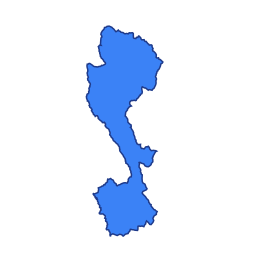 Chachapoyas, Amazonas, Peru (Robinson projection), rotated 346°
{"feature_id": "86281439B12993203122991", "entity_name": "Chachapoyas", "entity_type": "district", "adm_level": 2, "iso_a3": "PER", "parent_name": "Peru", "parent_adm1": "Amazonas", "projection": "robinson", "projection_center": [-77.817, -6.465], "detail": "fine", "context": "isolated", "style": "filled", "palette": "blue", "viewbox_px": 256, "rotation_deg": 346, "n_neighbors": 0, "source": "geoboundaries", "source_scale": "gbopen_adm2", "svg_char_len": 5873}
<svg xmlns="http://www.w3.org/2000/svg" viewBox="0 0 256 256"><g transform="rotate(346 128 128)"><path d="M127.0,227.3L129.4,225.6L130.6,224.0L130.3,221.8L130.4,221.5L131.3,220.6L131.4,220.1L132.6,219.4L134.6,218.7L134.9,217.5L136.1,216.1L134.7,214.7L134.4,213.9L133.6,213.6L133.3,213.1L131.5,209.2L131.9,207.9L130.9,207.2L130.7,206.0L130.2,205.3L130.4,203.8L130.1,202.6L129.0,201.0L128.4,199.0L126.6,196.1L126.0,194.5L127.0,193.2L130.8,192.4L131.5,191.9L131.8,191.3L131.2,190.2L130.9,186.7L130.3,186.0L129.4,185.3L128.9,183.6L129.4,180.4L130.5,176.9L129.7,176.0L129.8,174.6L129.5,173.5L130.2,171.9L130.0,170.4L129.3,168.6L129.8,166.8L130.6,165.4L130.3,164.3L130.5,164.1L131.6,164.4L132.8,165.6L134.6,166.6L135.4,168.9L137.0,170.1L138.5,170.5L139.4,170.2L141.0,169.5L141.6,169.0L142.1,168.0L143.9,166.8L144.4,164.7L144.4,163.4L144.3,163.1L145.4,162.0L145.3,161.6L148.6,158.1L149.4,157.5L150.2,157.4L149.5,156.7L148.6,156.5L147.6,155.9L145.1,155.6L144.0,153.6L143.9,151.9L143.2,150.6L142.3,151.0L141.5,150.7L140.4,150.7L138.9,152.1L138.1,152.0L137.2,151.3L136.3,151.2L135.8,150.4L135.7,149.2L135.8,147.9L136.2,146.9L134.2,146.7L132.8,145.3L132.9,144.6L132.4,142.8L132.9,141.8L132.2,140.5L132.4,138.1L131.9,135.4L132.3,133.8L131.9,131.5L131.2,130.0L131.2,128.7L130.5,128.0L131.5,127.3L131.7,125.7L130.7,124.7L129.3,122.4L129.8,119.3L128.8,116.5L128.2,115.9L128.3,115.5L129.6,112.1L131.9,110.3L132.1,109.5L134.6,107.7L136.6,107.5L135.6,105.9L135.5,104.9L135.9,103.5L136.3,103.0L137.4,102.4L138.3,102.2L138.7,102.5L141.0,102.6L141.6,103.2L142.6,103.2L143.8,101.7L144.5,101.6L145.8,100.7L146.4,99.9L147.9,99.2L148.0,98.5L149.8,98.0L150.6,96.5L150.8,93.2L151.3,92.0L151.8,91.5L153.8,93.2L154.8,93.5L156.8,96.2L157.3,95.9L158.1,96.0L160.5,97.2L161.2,96.4L162.8,95.8L165.3,92.8L166.1,91.2L166.6,88.5L167.2,88.1L167.5,87.1L167.5,86.4L167.1,85.4L167.2,84.5L168.1,83.5L168.5,82.3L169.1,81.8L169.7,80.4L170.2,79.9L170.8,79.8L171.2,78.9L172.1,78.6L172.7,78.0L174.4,75.8L175.4,73.8L177.0,73.3L177.8,72.4L175.9,69.4L174.7,68.8L174.7,67.6L174.5,67.2L173.2,67.2L172.4,66.3L173.2,63.8L172.8,62.1L171.4,59.7L170.7,59.3L170.8,57.6L171.5,57.2L171.0,55.0L171.3,53.9L171.2,53.5L170.6,52.9L168.7,52.7L168.4,51.7L167.7,51.0L166.5,48.3L165.7,48.3L165.1,47.5L165.0,46.2L162.8,45.8L162.2,44.9L162.2,43.6L161.0,41.5L160.5,41.3L159.4,42.5L158.7,42.1L158.0,42.2L157.3,43.1L156.6,42.9L155.5,42.3L155.2,41.9L155.2,41.2L156.0,37.6L155.8,37.1L155.3,36.6L153.6,36.4L152.2,35.9L151.0,36.7L149.5,35.9L148.0,35.9L147.3,35.5L146.3,34.2L144.3,33.4L143.9,32.4L142.8,31.8L142.3,30.6L140.1,31.6L139.5,31.6L138.0,28.3L137.4,27.7L136.7,26.4L134.4,24.6L132.2,24.3L131.7,24.7L130.7,24.9L129.5,24.8L128.9,26.0L127.8,26.9L127.0,27.2L125.1,29.1L124.3,30.6L124.8,32.2L124.7,33.4L124.0,33.6L123.3,34.8L121.5,40.2L121.9,41.3L120.4,40.8L118.8,42.0L119.2,42.6L118.9,43.6L119.0,45.3L118.5,46.3L118.9,48.1L118.6,48.9L118.8,50.2L118.5,51.8L118.9,52.5L119.0,53.8L119.7,54.5L120.5,56.1L120.6,57.1L121.8,59.2L121.7,60.1L121.2,60.6L118.5,61.2L117.7,60.9L117.6,61.2L116.5,61.3L116.1,61.6L114.8,61.2L114.4,61.4L112.6,61.3L112.1,60.9L110.5,60.4L109.4,59.7L108.9,58.7L106.5,56.1L105.5,56.0L104.8,56.4L103.9,56.2L103.2,57.8L103.0,59.7L103.1,61.2L102.8,63.1L101.6,64.8L101.7,65.8L101.4,66.9L101.7,68.0L101.8,69.3L100.8,70.1L100.8,71.0L100.5,71.6L101.4,73.4L101.3,74.5L102.0,75.2L102.1,76.0L101.9,76.3L101.9,77.0L101.3,77.5L101.1,78.5L100.7,78.7L100.6,79.3L99.7,79.9L99.5,82.1L99.2,82.7L98.7,82.9L98.4,84.4L97.8,85.0L96.7,85.2L96.4,85.4L95.7,87.0L95.3,87.2L95.0,89.0L95.3,91.4L95.1,92.0L96.0,92.4L96.0,93.0L96.3,93.4L96.2,94.0L96.4,94.5L96.3,96.4L95.7,96.8L96.0,97.5L96.0,98.7L96.9,99.4L96.9,100.3L97.6,101.1L97.5,101.5L96.7,102.4L97.0,102.8L97.3,104.3L97.7,104.8L97.8,106.6L98.2,106.7L98.8,107.8L99.0,108.9L100.3,108.4L101.3,108.7L101.7,110.8L101.4,111.2L101.5,111.7L103.0,114.1L104.2,115.3L104.4,116.5L105.2,116.9L106.3,116.6L106.8,117.3L106.8,118.2L107.2,118.7L106.8,119.8L106.4,120.1L106.4,120.7L106.9,121.5L107.0,122.2L108.9,124.2L109.2,125.1L109.2,126.3L109.5,127.9L109.2,129.2L108.7,129.8L108.7,130.5L109.3,131.3L109.5,132.9L110.6,134.5L110.6,135.8L110.8,136.7L112.2,138.5L113.1,140.3L114.1,141.2L114.4,142.9L115.1,144.1L114.8,146.1L115.0,146.7L114.6,147.2L114.6,148.5L116.8,153.6L116.7,154.1L117.9,157.5L117.6,158.1L117.8,158.8L117.4,159.4L117.7,160.2L117.4,161.6L118.1,162.1L119.1,163.6L119.4,164.4L119.3,165.2L119.5,165.8L120.2,166.1L120.2,167.4L119.8,168.1L120.3,170.8L120.0,171.9L120.2,172.9L120.0,174.6L119.4,175.6L119.4,176.1L117.9,176.1L116.3,177.3L115.8,177.9L115.4,179.5L115.1,180.0L114.6,180.2L114.4,180.9L113.8,181.3L112.0,180.4L110.0,180.2L108.9,180.5L108.3,180.4L106.5,181.0L104.9,181.0L103.6,181.5L103.0,181.0L103.0,179.3L101.5,177.6L101.0,175.0L99.6,173.9L99.0,172.8L96.6,173.2L96.1,172.7L95.5,173.5L95.0,175.3L92.7,176.3L91.9,177.5L90.9,177.2L89.7,178.2L88.5,178.1L87.5,178.6L84.7,178.9L84.6,180.6L83.3,183.3L80.0,183.8L78.9,183.7L78.6,183.3L78.2,183.6L78.9,185.6L79.7,186.4L79.3,187.1L79.5,187.9L79.9,188.5L80.7,188.1L80.9,188.4L80.9,189.0L80.4,189.2L80.2,189.6L81.1,190.2L80.7,191.4L81.2,193.2L80.7,194.0L81.8,196.2L81.2,198.2L81.5,198.6L82.0,198.6L82.4,198.9L81.9,200.3L82.1,201.0L81.0,201.8L80.7,202.2L80.6,202.8L79.6,203.4L79.5,204.1L80.1,204.7L82.9,205.3L84.6,207.6L84.5,208.7L83.6,209.9L84.6,210.8L83.8,212.6L83.9,213.2L84.7,213.8L84.8,216.9L84.1,217.3L83.8,218.7L82.4,220.7L82.8,221.7L84.1,221.8L84.7,222.4L84.7,223.9L85.3,224.8L85.0,226.6L84.6,227.3L84.7,228.4L85.0,228.4L85.1,227.8L86.0,227.3L87.7,227.0L91.5,229.7L94.0,229.1L95.4,229.6L96.3,230.3L96.8,231.4L97.4,231.7L99.7,230.4L102.6,230.4L103.1,229.5L104.6,228.7L105.8,226.9L106.5,227.1L107.3,227.7L108.5,228.0L110.1,228.9L112.5,229.7L113.1,228.7L113.9,225.8L115.1,225.8L116.1,226.4L117.9,226.5L119.5,227.6L121.0,225.8L122.0,225.3L122.3,224.2L123.5,222.7L124.8,224.5L125.8,226.8L127.0,227.3Z" fill="#3b82f6" stroke="#1e3a8a" stroke-width="1.5"/></g></svg>